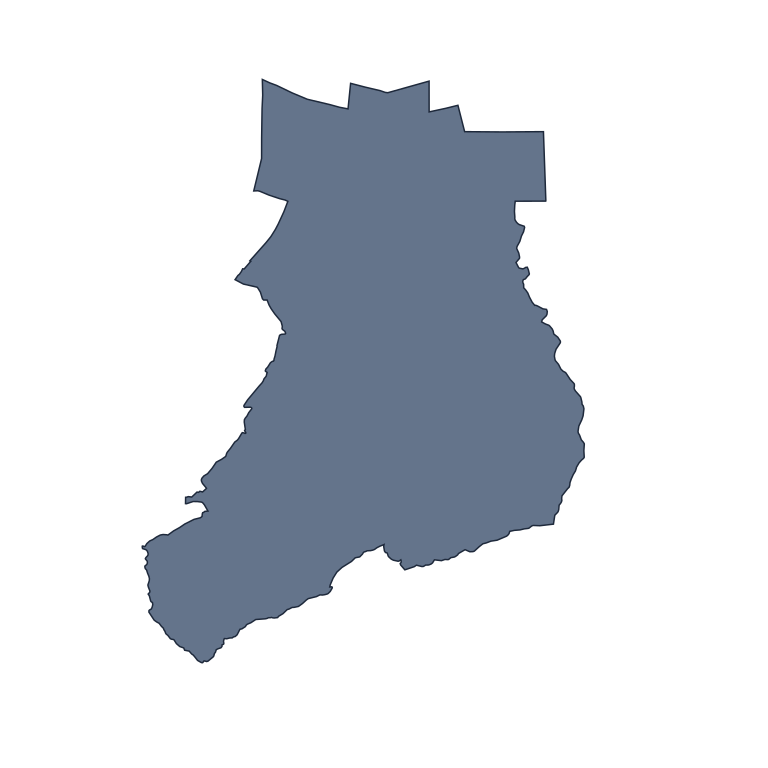 Gornet, Prahova, Romania, rotated 190°
{"feature_id": "2599482B23838810284079", "entity_name": "Gornet", "entity_type": "district", "adm_level": 2, "iso_a3": "ROU", "parent_name": "Romania", "parent_adm1": "Prahova", "projection": "mercator", "projection_center": [26.087, 45.131], "detail": "fine", "context": "isolated", "style": "filled", "palette": "slate", "viewbox_px": 768, "rotation_deg": 190, "n_neighbors": 0, "source": "geoboundaries", "source_scale": "gbopen_adm2", "svg_char_len": 6141}
<svg xmlns="http://www.w3.org/2000/svg" viewBox="0 0 768 768"><g transform="rotate(190 384 384)"><path d="M496.1,403.3L495.8,402.3L496.1,398.1L496.2,392.6L496.6,389.5L496.5,387.9L497.0,387.2L497.8,387.0L499.5,385.3L501.5,380.4L502.9,378.3L503.2,376.4L503.0,376.0L501.1,375.1L501.4,371.1L503.0,368.4L503.5,365.9L504.4,363.8L506.5,360.5L515.5,344.8L518.2,338.6L518.0,337.4L517.2,336.8L511.3,338.0L510.3,337.6L510.0,337.2L510.0,336.5L512.2,332.4L513.4,328.6L514.7,326.3L515.3,324.5L515.0,322.2L512.6,315.0L513.2,314.2L513.2,313.8L511.7,312.3L511.7,311.4L512.3,311.2L513.6,311.5L515.1,311.5L515.6,310.6L517.8,304.8L518.8,303.1L520.9,300.9L524.0,294.1L526.4,289.8L526.9,288.4L527.2,285.7L527.5,285.0L530.9,281.6L535.6,277.9L538.7,271.0L542.2,265.0L545.5,262.1L546.9,259.7L547.2,258.5L547.2,257.8L547.0,256.9L546.2,255.6L545.4,254.5L540.7,250.5L540.9,250.1L543.9,246.2L546.7,246.4L547.8,245.1L549.4,245.1L553.7,239.3L557.2,239.1L558.6,238.3L559.7,238.0L558.7,231.7L557.7,231.8L551.6,235.1L547.4,235.8L543.5,236.0L542.6,235.9L541.6,235.3L539.9,233.8L535.3,228.3L538.4,227.4L539.3,226.3L540.2,225.8L540.4,224.8L540.2,221.9L541.0,221.0L541.8,220.3L547.6,217.7L555.8,211.6L560.3,207.2L565.7,202.8L570.6,197.7L571.7,197.8L575.5,197.4L578.1,196.4L581.5,193.8L584.6,190.7L587.5,188.7L589.8,185.7L591.1,182.6L591.8,182.3L593.4,182.6L593.9,182.3L593.7,181.2L593.2,180.0L589.8,179.5L588.7,178.9L587.9,178.0L586.9,176.2L586.7,174.7L587.1,173.6L588.3,171.8L588.7,170.6L588.5,170.2L586.5,168.5L586.1,167.6L586.0,166.0L586.4,164.9L587.8,163.3L587.8,162.4L587.0,160.7L585.6,159.7L585.2,159.0L583.9,156.5L582.1,153.7L581.2,151.5L581.0,149.4L581.6,145.3L581.5,144.7L580.8,143.1L578.6,139.5L578.5,138.7L578.7,137.8L579.7,136.5L579.7,136.0L578.4,134.8L576.1,129.8L575.4,129.1L574.1,128.6L573.4,126.5L573.6,123.8L574.1,122.0L575.7,120.7L576.1,120.1L575.9,118.5L569.3,111.5L566.6,110.2L563.9,109.3L561.1,106.7L558.9,105.2L558.0,103.7L556.7,102.3L555.8,100.7L555.2,100.0L553.2,98.9L550.2,96.1L549.2,95.8L547.0,95.8L546.4,95.6L543.4,92.3L539.6,90.0L535.4,89.3L534.1,87.2L529.5,87.1L526.5,84.7L524.9,84.0L523.4,82.8L519.6,79.4L515.7,78.0L514.8,77.9L514.2,78.1L513.1,80.1L510.4,79.9L509.2,80.5L504.7,85.8L504.4,86.6L504.2,89.1L503.4,90.6L503.1,93.1L502.0,94.1L498.8,95.9L498.0,97.3L498.2,99.0L496.8,99.9L496.7,100.8L497.4,102.9L497.2,105.0L497.0,105.6L494.6,105.8L491.8,107.1L489.4,107.6L488.3,108.8L486.7,109.5L485.1,111.5L483.3,117.4L481.4,118.2L478.4,121.0L477.8,122.6L477.0,123.6L473.6,125.8L469.4,129.8L460.3,132.1L458.7,132.7L457.1,133.8L455.3,134.1L454.4,134.6L453.1,134.4L451.5,134.5L448.2,135.5L447.4,137.0L443.6,140.3L440.2,145.0L438.4,145.9L435.7,148.0L433.8,148.4L429.6,150.1L426.1,153.7L422.9,157.9L421.3,159.5L413.6,162.9L410.5,165.2L407.9,165.5L405.6,166.3L403.3,167.4L402.5,168.1L400.9,170.4L399.6,174.0L399.6,174.6L400.1,175.2L402.2,174.7L402.1,176.7L400.4,184.1L397.8,190.5L393.5,196.1L385.2,203.6L382.1,207.9L377.9,209.5L375.7,212.7L375.1,214.3L374.4,215.2L373.0,215.8L371.7,216.8L368.2,217.6L366.1,218.5L364.5,219.5L362.6,221.5L359.8,223.6L356.1,225.9L356.2,224.6L355.9,223.4L354.6,219.7L353.3,218.3L351.7,218.2L351.3,217.8L350.0,215.3L349.3,214.6L346.5,212.8L344.2,212.1L339.3,211.9L338.4,212.3L336.9,213.8L336.4,212.9L336.2,211.8L336.2,211.1L336.9,210.0L336.2,208.7L331.2,204.6L322.4,209.4L320.6,211.2L315.0,210.8L313.9,211.0L313.2,211.4L311.6,212.9L309.0,213.4L307.9,213.9L306.2,215.0L305.1,216.3L303.8,219.6L296.7,220.0L293.5,221.8L290.8,222.1L289.9,222.4L288.0,224.6L284.7,225.8L283.6,226.6L281.8,228.5L281.2,230.0L275.4,234.9L270.3,233.7L267.2,234.4L266.0,235.1L262.0,240.3L258.9,243.8L255.6,245.3L251.4,247.8L245.5,249.8L236.9,255.4L235.9,256.5L234.9,258.3L234.6,260.7L230.2,262.5L224.8,263.9L220.7,265.7L217.0,266.8L216.1,267.3L213.9,269.8L212.6,270.6L205.9,271.5L192.8,275.4L193.0,284.4L190.7,287.8L190.3,289.0L190.1,290.7L190.5,295.1L189.4,297.0L188.8,298.6L188.6,300.0L189.2,302.4L189.3,304.8L185.0,312.8L183.8,314.4L183.5,316.4L183.7,319.1L183.1,322.9L181.9,327.7L180.4,331.5L180.0,334.3L180.0,335.4L178.2,340.2L176.3,343.3L174.5,345.5L174.1,346.7L175.6,353.1L176.3,359.6L176.5,360.1L177.6,361.3L180.0,363.3L182.5,367.6L184.0,369.3L184.5,370.4L184.7,371.2L184.8,376.5L183.0,383.1L182.4,387.2L182.8,394.3L183.9,396.9L185.4,398.4L186.0,400.7L187.7,404.6L188.3,405.6L194.2,410.3L195.6,411.9L196.1,413.1L196.1,415.0L196.5,416.9L197.0,417.5L201.4,420.8L206.8,426.5L207.7,427.0L209.7,427.6L212.3,429.3L215.6,433.7L219.3,436.8L219.9,437.9L221.0,440.9L221.2,443.7L220.6,448.1L217.6,455.0L217.5,455.9L217.8,456.9L221.0,460.3L225.1,462.5L225.6,463.0L226.6,465.5L227.9,467.4L231.0,470.0L231.9,470.5L235.3,471.1L239.5,472.5L239.4,474.4L239.2,474.9L236.0,479.4L235.6,481.1L235.8,483.8L236.9,485.7L240.6,485.6L246.4,487.5L248.3,487.9L249.2,487.6L252.3,490.3L255.8,494.8L258.2,498.6L260.9,501.3L263.1,503.0L263.8,506.5L264.8,507.9L265.2,509.2L265.0,510.7L264.7,511.1L263.0,512.1L261.6,514.7L260.1,516.9L260.0,517.7L261.7,521.6L263.2,523.9L265.0,523.3L265.6,522.5L267.2,521.5L270.8,521.6L271.6,522.0L275.1,526.6L272.4,531.2L272.5,532.5L274.0,536.3L276.6,540.1L276.9,540.7L276.9,542.0L276.8,542.7L275.0,548.0L274.3,553.7L273.0,558.1L272.7,562.6L273.3,563.7L278.5,564.5L279.9,565.1L281.6,566.3L283.4,568.3L284.0,569.8L284.1,571.0L285.5,576.6L286.3,583.0L286.5,586.8L256.5,592.2L256.5,592.9L270.8,660.2L311.1,652.8L348.4,646.5L359.6,671.3L371.1,666.2L386.8,659.8L392.2,690.1L430.9,671.5L433.5,671.4L438.5,672.2L454.1,673.1L469.1,674.3L467.2,648.7L475.7,648.8L485.3,649.7L509.0,651.1L524.9,654.7L541.6,659.4L548.7,660.7L556.7,662.8L553.6,647.3L551.9,634.0L547.2,604.9L543.7,584.8L545.8,551.5L541.8,552.4L539.6,552.2L529.8,550.0L518.9,548.4L513.4,548.0L510.4,547.2L512.5,536.3L516.0,523.0L517.8,517.4L521.0,509.5L524.7,502.8L537.5,482.0L536.5,481.7L541.7,473.0L543.2,472.9L544.0,470.0L545.4,467.0L546.7,465.5L548.8,460.9L539.8,458.0L525.8,457.3L524.8,456.5L521.7,453.0L518.5,446.8L517.1,445.8L513.7,446.4L510.9,441.8L508.1,438.4L503.8,434.1L496.2,427.6L494.2,423.3L494.0,420.7L493.3,420.0L490.8,418.7L489.8,417.1L489.7,416.6L490.0,416.1L490.8,415.8L493.4,415.2L494.6,414.5L495.3,413.7L496.1,403.3Z" fill="#64748b" stroke="#1e293b" stroke-width="1.5"/></g></svg>